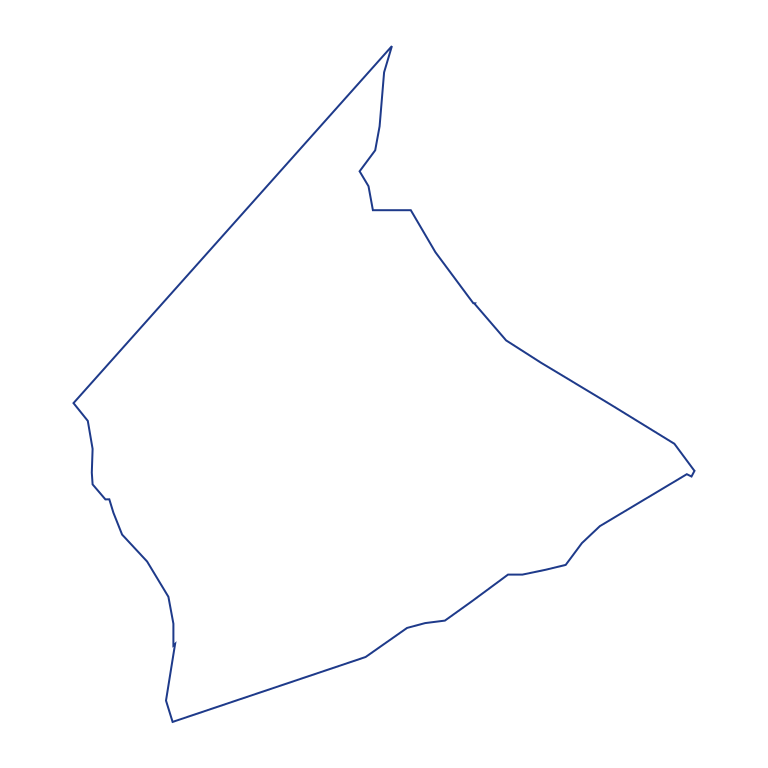 Ravine Claire, Soufrière, Saint Lucia
{"feature_id": "8701671B59921054204413", "entity_name": "Ravine Claire", "entity_type": "district", "adm_level": 2, "iso_a3": "LCA", "parent_name": "Saint Lucia", "parent_adm1": "Soufrière", "projection": "equal_earth", "projection_center": [-61.028, 13.854], "detail": "fine", "context": "isolated", "style": "outline", "palette": "blue", "viewbox_px": 768, "rotation_deg": 0, "n_neighbors": 0, "source": "geoboundaries", "source_scale": "gbopen_adm2", "svg_char_len": 719}
<svg xmlns="http://www.w3.org/2000/svg" viewBox="0 0 768 768"><path d="M391.9,46.1L73.5,403.1L87.8,420.9L92.6,448.9L91.8,472.6L92.6,484.4L105.4,499.4L109.3,499.3L113.4,512.7L122.1,534.6L147.1,561.5L168.4,596.8L173.4,623.7L173.4,645.5L175.1,643.9L166.0,700.6L172.6,721.9L365.6,657.0L407.1,627.9L425.1,623.1L444.9,620.6L472.0,601.2L508.0,574.6L522.4,574.6L545.9,569.7L565.7,564.9L581.9,543.1L599.9,526.1L686.8,474.2L691.5,476.5L694.5,470.8L693.8,470.0L674.4,443.8L610.3,404.4L540.8,362.6L506.1,340.4L474.6,303.8L475.0,303.3L474.1,303.2L473.3,303.2L467.7,295.7L435.4,252.2L410.8,210.2L372.9,210.2L368.5,186.2L359.6,171.3L375.2,150.3L379.6,126.3L384.1,72.3L391.9,46.1Z" fill="none" stroke="#1e3a8a" stroke-width="2"/></svg>